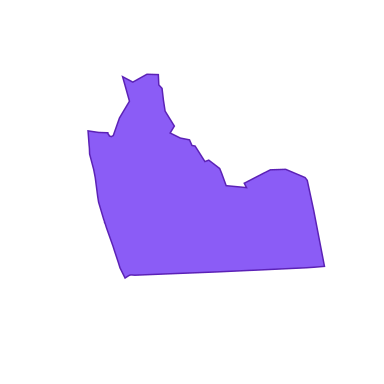 Bergen, New Jersey, United States of America (Mercator projection), rotated 147°
{"feature_id": "52423323B23677933151668", "entity_name": "Bergen", "entity_type": "district", "adm_level": 2, "iso_a3": "USA", "parent_name": "United States of America", "parent_adm1": "New Jersey", "projection": "mercator", "projection_center": [-74.048, 40.948], "detail": "fine", "context": "isolated", "style": "filled", "palette": "violet", "viewbox_px": 384, "rotation_deg": 147, "n_neighbors": 0, "source": "geoboundaries", "source_scale": "gbopen_adm2", "svg_char_len": 992}
<svg xmlns="http://www.w3.org/2000/svg" viewBox="0 0 384 384"><g transform="rotate(147 192 192)"><path d="M156.3,308.8L165.7,315.3L181.8,316.4L187.4,326.5L195.0,302.2L212.5,293.6L227.3,282.2L229.5,282.4L230.8,284.0L230.6,284.7L230.8,286.3L230.3,287.5L238.0,292.9L245.9,299.9L252.8,287.3L253.4,286.1L254.5,284.1L257.2,279.6L262.2,264.4L265.3,256.8L270.9,245.1L273.5,239.7L275.9,234.3L281.0,217.0L281.0,216.9L281.7,214.1L282.0,214.0L282.1,212.6L283.2,208.7L287.8,189.4L289.1,184.7L292.3,172.5L293.7,167.6L295.0,156.3L290.3,156.3L289.0,156.0L287.9,155.4L285.3,153.4L259.5,138.1L214.6,111.4L186.4,94.9L184.1,93.5L137.2,66.1L130.2,62.2L121.4,57.5L100.0,110.2L89.0,139.0L89.3,142.5L101.1,160.0L114.2,167.9L121.1,168.7L143.4,170.9L143.9,166.0L159.9,178.7L156.9,191.8L156.0,196.6L160.6,209.6L164.6,210.5L164.4,228.9L166.7,231.0L165.7,237.1L172.4,243.6L178.2,253.4L170.9,256.9L170.5,274.5L165.9,284.7L160.7,295.2L161.5,299.9L156.3,308.8Z" fill="#8b5cf6" stroke="#5b21b6" stroke-width="1.5"/></g></svg>